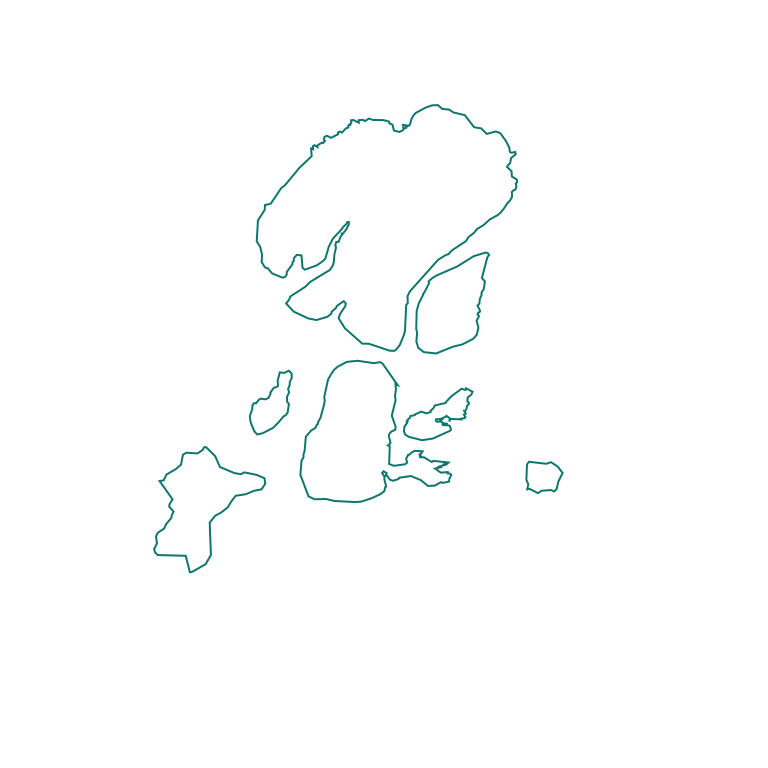 the district of Skjervøy nor, Troms, Norway, rotated 36°
{"feature_id": "86288312B92584171254866", "entity_name": "Skjervøy nor", "entity_type": "district", "adm_level": 2, "iso_a3": "NOR", "parent_name": "Norway", "parent_adm1": "Troms", "projection": "albers", "projection_center": [20.765, 70.027], "detail": "fine", "context": "isolated", "style": "outline", "palette": "teal", "viewbox_px": 768, "rotation_deg": 36, "n_neighbors": 0, "source": "geoboundaries", "source_scale": "gbopen_adm2", "svg_char_len": 6171}
<svg xmlns="http://www.w3.org/2000/svg" viewBox="0 0 768 768"><g transform="rotate(36 384 384)"><path d="M330.5,112.7L326.0,114.0L320.1,121.3L312.4,120.1L306.0,123.3L291.3,119.0L280.6,123.5L275.3,123.7L269.6,127.2L263.7,126.7L259.2,130.2L255.3,135.8L250.3,146.1L250.0,149.3L250.5,153.5L252.2,158.0L252.4,160.4L246.1,163.7L251.3,162.1L251.0,163.5L251.3,163.7L250.0,165.9L247.8,164.6L249.9,166.2L250.1,167.8L248.3,171.0L243.0,173.1L238.5,169.2L235.1,170.0L233.9,168.7L228.3,170.9L220.0,176.8L215.7,178.2L214.1,182.6L211.8,182.6L208.5,185.4L210.0,187.4L204.1,188.4L202.3,190.1L204.0,191.8L204.2,192.9L203.5,193.9L204.3,194.5L203.2,195.9L204.3,197.5L202.9,199.7L202.2,205.3L200.0,205.7L198.9,207.7L200.1,208.8L196.5,215.9L191.8,216.8L190.6,219.1L191.7,221.7L193.4,221.9L193.1,224.9L191.8,225.3L189.8,230.5L190.8,231.5L187.5,231.6L186.6,233.4L188.7,235.7L186.6,236.3L191.6,242.2L188.5,258.8L187.1,281.0L185.7,286.0L186.4,304.7L182.5,309.2L185.1,313.1L185.9,325.8L197.2,343.4L203.2,345.8L209.1,350.8L213.4,357.3L219.2,359.6L222.0,358.7L228.6,360.3L239.4,357.6L241.1,355.4L240.9,352.6L239.5,350.5L239.5,341.1L238.4,339.2L238.7,337.4L237.1,335.2L237.6,330.7L241.7,328.5L249.7,337.8L252.7,338.1L259.8,327.7L262.2,320.9L262.9,317.2L258.6,305.3L257.2,296.4L258.8,283.2L258.6,280.8L259.5,277.2L259.2,274.5L260.5,273.7L261.8,275.8L262.6,281.3L262.4,286.6L261.4,287.1L262.4,288.0L262.2,289.9L263.7,295.7L261.9,297.1L262.9,300.1L265.1,302.1L267.8,308.5L271.5,314.3L272.9,318.3L273.2,323.5L264.4,344.5L263.2,351.6L257.1,367.3L256.9,369.1L257.7,371.6L257.5,376.4L268.5,378.5L284.1,375.5L291.7,372.0L298.6,363.1L300.1,358.3L299.2,356.4L300.4,350.9L300.0,348.5L302.7,340.7L305.5,341.1L306.9,343.5L307.2,351.5L307.9,355.7L308.9,357.6L319.6,361.9L342.7,364.1L348.2,360.3L368.8,353.8L372.8,351.2L373.6,349.0L373.9,343.4L371.3,332.7L369.7,328.6L355.6,307.2L355.6,304.5L351.4,299.1L350.5,293.7L354.8,251.6L358.2,243.2L360.0,241.0L360.0,238.5L360.7,235.2L366.3,220.2L366.0,215.5L367.9,209.0L368.2,203.8L371.1,197.1L372.8,188.9L376.7,180.5L377.6,176.6L377.9,172.0L377.6,164.9L378.1,161.1L377.5,157.1L374.6,153.6L374.7,151.8L376.0,149.7L375.3,146.7L372.9,144.6L373.0,142.4L371.2,140.5L365.5,141.0L362.1,136.9L356.0,136.1L355.7,133.8L356.3,131.2L354.0,126.6L355.5,120.8L353.8,119.2L351.2,122.0L349.3,122.2L346.4,119.1L340.0,115.8L330.5,112.7ZM395.7,376.9L370.7,368.3L368.1,368.5L363.6,373.1L349.0,380.7L340.9,388.0L336.4,397.1L335.3,401.9L335.3,405.2L336.0,412.7L336.7,414.7L343.3,429.7L345.9,432.3L347.9,436.6L352.5,448.7L353.1,453.8L354.0,455.5L353.6,457.0L354.3,459.9L352.4,464.4L351.7,472.5L359.2,485.0L360.2,488.2L362.1,491.0L362.2,494.3L369.7,506.6L389.0,519.3L395.6,518.0L404.9,511.0L412.6,507.8L430.6,496.1L434.9,492.3L441.0,483.9L445.5,475.9L447.3,470.6L445.7,467.1L446.0,465.7L440.2,460.8L439.0,458.7L439.2,457.3L438.7,458.6L434.7,457.1L434.9,454.9L438.4,454.5L439.2,457.1L439.3,456.0L444.9,457.9L448.1,457.1L451.6,452.3L451.4,450.9L459.9,442.6L470.4,440.1L479.5,440.6L484.8,436.4L487.7,430.0L489.6,429.5L494.0,424.7L492.6,422.2L491.9,418.0L489.9,417.7L488.0,419.0L487.3,417.8L482.1,422.3L475.0,422.4L478.6,418.3L477.1,418.4L480.5,414.1L478.7,414.6L481.9,411.7L482.3,409.6L469.1,417.2L468.6,419.0L459.5,419.8L456.2,422.0L455.3,421.2L455.8,420.5L454.2,420.0L454.9,418.4L454.8,415.8L448.2,419.9L446.6,423.1L446.1,426.3L445.2,427.0L445.8,431.4L448.9,434.0L448.3,436.5L440.2,444.3L435.2,445.7L425.4,431.2L423.3,431.3L424.1,430.0L423.6,429.2L423.8,427.7L418.6,423.4L417.6,421.1L417.9,418.2L420.0,414.5L418.6,411.8L408.9,405.0L402.8,390.1L399.8,387.1L397.0,381.5L393.4,377.4L395.7,376.9ZM337.6,650.4L339.3,648.5L345.6,634.6L344.5,624.1L324.4,598.5L324.9,589.7L327.7,584.0L330.1,575.6L329.5,568.9L329.7,561.6L337.0,554.4L341.7,546.7L346.8,541.3L346.6,534.6L342.7,530.5L334.3,532.4L323.0,537.6L321.2,541.1L315.3,544.0L300.1,547.6L289.8,541.6L277.4,539.7L275.7,540.7L276.0,544.1L273.9,549.8L264.6,555.7L262.9,559.4L267.2,568.6L265.6,575.2L261.2,585.2L262.4,591.4L259.5,594.4L280.7,601.6L281.2,607.5L282.3,609.5L288.8,610.9L289.4,614.9L290.7,617.4L290.1,625.3L291.1,630.0L288.4,637.6L289.1,641.2L294.1,646.5L295.0,652.6L298.0,654.9L301.6,655.3L324.6,639.5L337.6,650.4ZM418.7,268.3L413.5,265.5L413.9,262.9L411.5,258.8L410.6,254.5L409.1,252.6L408.9,248.5L405.4,241.7L400.9,240.7L393.1,220.7L393.2,217.8L391.0,217.1L388.9,218.0L381.5,227.8L374.1,246.0L362.5,265.7L360.7,270.3L359.8,274.8L361.2,275.8L362.8,285.9L362.7,288.3L363.2,288.6L364.7,298.2L367.5,305.7L377.5,320.2L381.0,323.6L385.3,330.7L390.5,334.6L397.5,334.8L408.2,328.7L417.8,313.4L424.2,305.8L429.6,295.0L430.1,289.7L427.3,283.0L421.7,278.3L421.0,273.3L418.6,272.5L418.3,270.6L419.1,269.9L418.7,268.3ZM461.6,349.0L459.6,345.7L460.9,341.4L460.2,338.2L453.0,339.2L453.4,340.9L449.5,342.3L445.8,354.1L444.8,361.2L445.1,363.0L437.7,371.5L438.2,374.5L437.4,378.4L438.2,379.2L435.7,382.7L430.4,384.5L427.1,390.1L427.2,391.2L424.2,394.3L424.8,396.3L424.1,399.2L425.1,400.2L424.4,401.1L425.6,402.0L425.6,406.6L428.2,410.8L431.0,412.5L435.3,412.1L447.8,407.1L455.6,399.4L464.9,383.1L464.9,381.3L461.7,379.2L458.5,380.4L458.3,378.3L457.9,379.4L458.3,381.0L455.8,382.7L455.1,382.2L456.0,380.4L452.4,381.0L451.7,379.4L450.8,380.2L451.5,381.0L449.8,383.1L447.8,383.4L446.8,382.0L451.5,378.1L451.0,377.9L453.4,373.8L453.2,373.1L458.6,373.1L458.0,374.3L459.0,376.0L458.4,374.1L459.2,372.6L467.1,367.3L466.5,367.1L469.4,364.0L469.3,362.8L466.6,361.8L467.5,359.9L464.9,358.6L465.6,358.3L465.3,355.6L464.0,352.7L464.4,351.4L464.0,349.4L461.6,349.0ZM311.2,499.3L314.7,495.2L320.0,484.8L321.2,477.3L321.7,469.4L322.8,467.1L322.8,463.8L318.8,456.0L316.0,455.3L313.0,451.2L312.2,446.7L309.3,444.3L308.5,440.8L306.5,437.4L305.7,433.1L303.1,429.8L299.2,429.2L297.0,433.4L292.9,435.9L296.1,444.1L299.3,447.5L299.1,449.0L297.1,452.0L297.1,457.8L298.0,458.6L298.7,463.2L297.2,466.0L292.8,468.4L292.1,470.1L291.8,474.9L290.1,475.9L290.1,478.5L292.1,481.6L294.4,488.9L298.5,493.3L306.8,498.5L311.2,499.3ZM563.3,383.3L572.9,381.7L574.0,378.0L581.3,371.7L584.7,371.0L585.5,367.7L582.4,360.4L580.8,351.0L573.0,348.7L565.1,349.1L562.1,353.2L547.0,361.7L547.0,365.1L555.5,377.8L559.8,380.4L561.8,385.1L563.3,383.3Z" fill="none" stroke="#0f766e" stroke-width="2"/></g></svg>